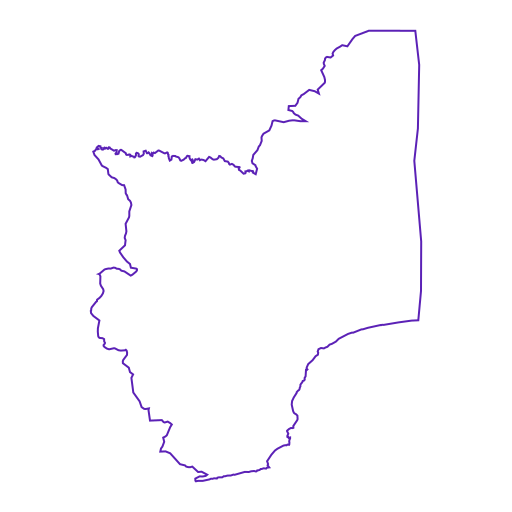 Shama, Western, Ghana
{"feature_id": "2480657B99130964172058", "entity_name": "Shama", "entity_type": "district", "adm_level": 2, "iso_a3": "GHA", "parent_name": "Ghana", "parent_adm1": "Western", "projection": "orthographic", "projection_center": [-1.669, 5.06], "detail": "fine", "context": "isolated", "style": "outline", "palette": "violet", "viewbox_px": 512, "rotation_deg": 0, "n_neighbors": 0, "source": "geoboundaries", "source_scale": "gbopen_adm2", "svg_char_len": 6063}
<svg xmlns="http://www.w3.org/2000/svg" viewBox="0 0 512 512"><path d="M415.3,30.8L368.9,30.7L355.2,35.9L352.6,38.9L347.4,46.3L342.2,45.2L340.0,46.7L336.7,48.5L335.0,50.0L333.5,51.7L332.6,53.5L333.1,55.5L330.6,57.5L327.0,56.9L325.9,57.5L325.1,58.5L324.9,60.1L323.7,62.6L323.8,63.8L324.7,65.9L322.9,68.7L321.2,70.2L324.3,77.0L325.0,79.9L325.0,81.6L324.8,82.7L317.7,89.6L318.9,93.6L314.7,91.2L309.2,89.9L303.7,94.1L301.4,95.3L300.3,97.2L298.5,98.8L297.5,102.8L295.3,105.8L288.8,106.1L288.4,110.0L292.2,111.0L293.2,112.0L293.8,113.2L295.5,114.6L298.2,115.6L301.6,118.7L305.7,121.2L300.3,121.2L294.2,120.3L292.7,120.3L289.2,120.7L283.7,122.2L275.2,120.4L274.2,120.4L272.6,121.1L271.5,125.6L269.3,130.4L263.5,133.7L262.1,135.9L261.5,137.3L261.7,140.9L260.0,145.2L258.8,146.5L257.4,150.2L253.3,154.9L252.7,158.3L251.8,160.9L252.5,163.3L255.4,165.2L255.7,166.3L257.1,168.7L255.7,174.2L252.9,172.6L253.2,171.9L252.8,171.0L252.0,171.1L249.2,170.3L248.9,171.4L247.6,170.6L246.8,171.2L245.4,171.4L245.6,172.8L245.3,173.3L243.6,173.7L240.2,170.5L239.0,169.9L238.7,168.6L239.6,167.5L239.5,167.1L235.4,166.7L234.8,166.4L233.5,164.8L231.9,163.9L229.9,164.6L229.1,163.9L228.8,162.8L227.8,161.6L224.8,161.1L223.3,158.4L221.4,157.5L220.2,156.2L219.2,156.0L218.4,157.8L216.8,159.2L214.4,159.6L213.4,159.6L212.3,159.0L210.5,157.5L209.1,156.9L205.5,161.2L203.6,160.0L201.6,159.6L200.7,159.7L199.9,160.2L198.9,158.6L197.3,159.6L195.4,159.2L194.1,162.0L192.5,163.0L192.2,162.9L192.1,162.6L192.7,161.9L192.6,159.8L192.3,159.4L191.9,159.6L191.3,160.7L190.2,159.4L189.4,157.5L189.5,156.2L187.4,155.8L186.8,156.3L186.0,157.9L185.2,158.2L183.6,159.7L181.2,160.8L180.3,160.4L179.4,158.4L178.5,157.3L175.6,156.4L175.2,156.0L173.0,155.9L171.8,156.5L171.4,159.6L169.8,160.6L168.8,158.1L168.7,156.8L168.3,156.0L168.6,155.0L168.1,154.5L167.7,152.7L167.1,152.4L165.3,153.3L164.4,153.3L159.2,150.6L158.3,150.5L154.9,153.1L153.7,152.6L153.0,153.6L152.0,153.0L151.9,153.9L152.6,155.6L152.3,156.1L150.5,155.3L149.5,153.3L148.6,152.4L147.8,153.2L146.9,153.2L145.7,150.7L143.6,151.4L143.8,153.7L143.0,155.1L140.1,156.7L138.8,156.4L138.5,156.0L138.8,154.2L137.9,153.2L136.6,152.8L135.9,153.6L136.0,155.2L135.3,156.7L134.7,157.4L134.2,157.4L133.9,156.7L132.5,156.4L131.7,155.9L130.3,156.4L130.2,154.7L129.1,154.4L128.2,154.9L126.5,154.9L126.0,154.2L125.8,153.2L121.3,149.9L120.5,149.9L119.2,151.0L118.5,153.7L117.5,154.1L115.7,154.2L115.5,153.6L116.6,152.2L116.7,150.1L115.5,150.1L114.0,150.7L110.5,148.6L109.6,147.4L108.9,147.3L108.3,148.7L108.0,148.9L107.4,148.7L106.6,147.8L105.8,148.0L105.2,148.5L104.6,147.6L104.1,147.8L103.8,148.9L103.2,149.5L102.2,149.6L101.5,149.2L101.7,147.9L100.6,147.8L100.4,147.5L100.4,146.3L98.6,145.9L96.9,147.4L98.5,149.0L97.8,149.3L96.0,149.2L95.0,150.8L93.3,151.6L94.5,155.0L98.5,159.4L101.7,165.3L102.2,165.9L106.2,167.9L107.8,169.1L108.4,174.0L108.8,174.6L111.7,177.3L114.4,178.1L116.3,179.5L117.2,180.6L117.6,182.0L118.4,182.9L122.1,185.1L124.1,185.2L125.6,189.5L125.7,193.2L126.5,194.8L127.0,195.2L128.2,199.2L130.0,200.8L130.9,202.5L131.4,205.0L129.3,211.4L129.3,215.9L129.0,217.4L125.6,223.8L126.4,231.3L126.0,233.4L125.0,235.8L124.7,237.9L125.6,240.2L125.0,245.3L119.3,250.7L120.0,252.5L123.3,257.3L126.9,261.5L130.0,264.0L130.9,267.7L136.2,268.6L137.0,269.2L136.9,270.5L136.1,271.6L132.4,274.7L130.7,275.6L124.4,271.4L121.4,270.7L119.9,269.3L118.8,268.9L116.7,268.7L115.1,267.8L113.5,267.6L110.7,268.6L108.4,268.5L105.3,269.2L104.4,269.6L99.7,273.6L98.8,274.0L99.5,274.2L100.4,276.3L100.2,283.6L100.9,285.7L103.2,289.2L103.6,291.0L102.9,293.4L101.3,296.0L99.5,297.9L97.1,299.7L96.9,301.3L96.1,301.8L91.8,307.2L91.3,308.4L91.1,310.6L90.8,310.9L91.1,313.2L93.4,316.0L99.4,320.5L97.9,328.3L97.8,331.6L98.2,336.1L98.7,337.2L99.5,337.9L102.5,338.2L104.1,339.1L104.2,341.4L105.0,342.9L104.8,343.6L103.6,345.0L103.6,345.9L104.5,347.0L106.9,348.6L109.1,349.3L114.1,348.2L115.2,348.5L118.4,350.2L120.8,350.6L125.0,350.3L125.8,349.8L126.6,350.6L127.1,352.5L127.0,354.9L123.2,360.0L122.8,361.3L122.9,363.2L128.8,367.7L130.0,372.1L133.1,374.4L131.4,377.9L133.3,392.5L139.6,401.3L141.6,407.1L144.2,408.9L145.8,409.0L148.9,408.4L148.5,410.1L150.0,420.6L161.8,420.1L163.6,422.1L164.7,422.5L167.7,421.6L170.2,423.1L171.8,424.5L170.2,427.1L166.8,435.3L165.4,436.5L163.2,437.6L164.2,441.8L162.4,446.6L161.0,448.5L160.3,451.6L165.6,451.4L170.2,453.3L180.0,464.2L185.0,465.4L186.2,466.6L188.1,467.1L190.2,467.2L192.3,466.6L198.1,472.0L201.6,471.7L207.2,474.7L205.7,475.9L202.6,476.5L199.6,476.4L195.3,478.6L195.4,480.7L195.9,481.3L197.8,480.9L202.6,480.9L209.5,479.4L211.0,478.7L212.5,478.8L214.1,478.3L216.9,478.5L217.4,477.7L219.0,477.3L222.2,477.3L223.9,476.2L224.9,476.3L227.4,475.6L230.8,475.5L233.4,474.6L234.6,474.8L244.8,471.9L248.8,472.0L251.1,471.3L254.1,471.0L256.0,471.5L256.7,471.2L257.2,470.4L258.5,470.3L259.7,469.9L260.7,469.0L261.6,469.0L263.7,468.3L266.1,468.6L266.9,467.7L269.2,467.4L267.6,465.3L268.1,464.1L267.1,461.2L271.4,454.7L275.0,450.5L277.5,448.7L283.4,445.6L285.3,445.2L286.5,445.3L287.4,444.6L289.1,444.8L289.3,444.3L289.4,442.2L289.2,441.6L289.4,440.0L290.1,438.5L290.1,437.5L288.7,437.9L288.3,437.0L287.8,437.2L287.4,437.0L287.3,436.0L288.3,433.7L287.0,431.0L287.1,430.7L288.9,429.1L290.9,428.0L292.7,428.1L293.4,427.8L293.3,426.0L297.2,420.2L297.6,419.1L297.4,415.6L296.0,414.2L295.0,413.7L293.9,412.8L293.1,411.0L291.7,404.6L292.1,401.0L293.8,397.4L296.6,393.0L296.7,392.2L298.0,390.7L299.1,389.9L299.6,388.9L299.8,387.6L300.4,386.4L300.4,384.8L301.2,383.5L302.2,382.4L302.7,381.0L303.8,380.7L304.7,379.7L304.6,378.0L305.6,376.3L306.0,369.9L306.8,370.0L307.4,369.4L306.7,368.7L306.7,367.5L308.2,364.1L312.6,360.2L315.6,356.2L317.9,354.7L318.2,352.6L317.7,351.6L318.5,349.2L321.0,348.0L323.9,348.4L325.5,347.5L327.4,346.8L329.6,344.6L331.8,343.9L335.9,341.6L338.7,338.8L348.1,333.9L352.0,332.6L353.1,332.7L361.4,329.4L362.9,329.3L367.9,327.8L380.7,325.0L381.0,325.2L382.1,324.8L383.6,324.9L398.5,322.4L411.6,320.6L418.3,320.3L421.0,291.0L421.2,241.5L414.3,160.8L417.9,128.5L419.2,64.9L415.3,30.8Z" fill="none" stroke="#5b21b6" stroke-width="2"/></svg>